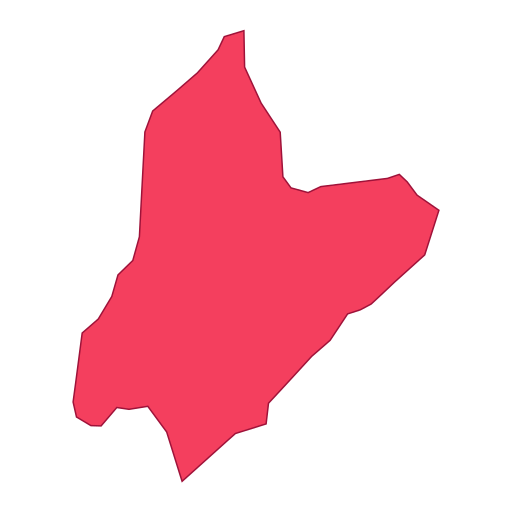 Menoua, Ouest, Cameroon (Equal Earth projection)
{"feature_id": "32672807B11213510980510", "entity_name": "Menoua", "entity_type": "district", "adm_level": 2, "iso_a3": "CMR", "parent_name": "Cameroon", "parent_adm1": "Ouest", "projection": "equal_earth", "projection_center": [10.088, 5.433], "detail": "fine", "context": "isolated", "style": "filled", "palette": "rose", "viewbox_px": 512, "rotation_deg": 0, "n_neighbors": 0, "source": "geoboundaries", "source_scale": "gbopen_adm2", "svg_char_len": 767}
<svg xmlns="http://www.w3.org/2000/svg" viewBox="0 0 512 512"><path d="M182.1,481.3L227.4,440.6L235.4,433.5L266.1,423.9L268.5,403.2L286.3,384.0L295.4,374.1L311.7,356.3L320.0,349.1L330.1,340.3L347.6,313.9L360.3,309.8L365.4,307.1L371.2,304.0L384.5,291.6L394.4,282.2L424.7,254.9L438.9,210.3L417.1,195.2L407.2,181.9L399.3,174.4L387.5,178.4L320.8,186.6L308.1,192.6L291.0,187.9L282.9,176.8L280.2,132.2L261.1,103.1L244.6,67.1L243.9,30.7L224.3,36.6L218.1,49.8L197.2,73.1L194.7,75.2L176.7,90.8L152.7,111.0L144.9,132.0L139.4,236.8L132.8,260.5L118.0,274.9L111.8,296.5L98.3,319.0L82.2,333.0L75.7,382.7L73.1,402.0L76.5,417.0L90.9,425.6L101.1,425.9L116.8,407.5L129.0,409.3L147.8,406.3L166.7,432.0L180.7,476.9L182.1,481.3Z" fill="#f43f5e" stroke="#9f1239" stroke-width="1.5"/></svg>